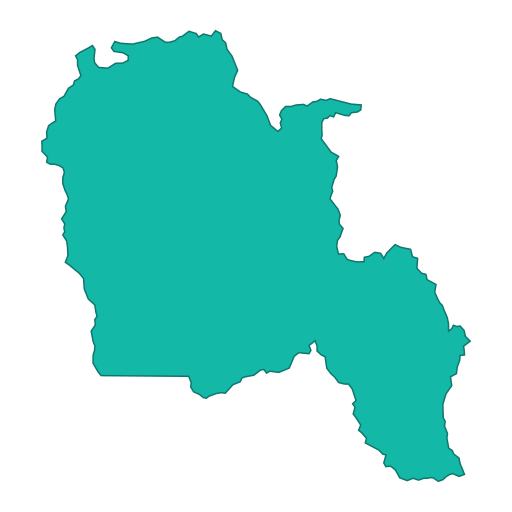 outline of Pantano Grande, Rio Grande do Sul, Brazil
{"feature_id": "56859067B18096093971388", "entity_name": "Pantano Grande", "entity_type": "district", "adm_level": 2, "iso_a3": "BRA", "parent_name": "Brazil", "parent_adm1": "Rio Grande do Sul", "projection": "albers", "projection_center": [-52.342, -30.265], "detail": "fine", "context": "isolated", "style": "filled", "palette": "teal", "viewbox_px": 512, "rotation_deg": 0, "n_neighbors": 0, "source": "geoboundaries", "source_scale": "gbopen_adm2", "svg_char_len": 3560}
<svg xmlns="http://www.w3.org/2000/svg" viewBox="0 0 512 512"><path d="M460.1,326.0L456.8,326.5L453.3,325.3L451.9,328.6L448.6,331.1L448.5,323.8L447.3,317.7L444.3,310.7L442.3,305.4L439.8,302.8L438.0,299.6L434.7,292.2L436.0,284.5L427.1,279.7L425.9,274.3L421.7,273.3L416.9,268.3L417.6,258.3L412.5,256.8L410.6,249.3L400.7,247.3L395.1,244.6L386.8,252.9L383.8,258.5L380.7,253.3L374.7,252.3L369.1,256.3L364.3,257.3L364.1,261.7L356.6,261.9L349.8,260.3L346.9,259.1L343.8,253.8L338.5,254.0L336.7,246.5L337.5,240.4L340.2,236.7L341.2,233.3L343.1,228.5L339.5,224.3L339.0,220.5L340.3,215.3L338.0,209.2L335.0,205.4L330.0,198.8L331.3,194.7L332.7,191.4L331.7,187.4L334.2,179.3L336.2,176.0L337.0,170.3L337.5,166.3L336.2,160.6L338.7,156.4L331.2,152.2L321.2,138.7L322.1,135.2L321.8,130.0L321.8,122.3L323.9,118.6L327.5,118.1L329.8,115.6L333.6,116.9L335.7,112.7L340.5,114.1L344.9,115.4L349.0,115.8L351.4,112.7L357.4,112.0L360.8,109.9L361.2,104.9L351.2,104.1L330.2,98.7L326.1,100.4L320.5,99.2L316.8,101.4L313.1,101.8L307.1,106.0L303.4,104.4L296.0,105.0L291.0,106.5L285.6,106.5L281.5,110.5L279.6,115.0L281.9,119.1L280.3,122.9L281.6,128.1L277.8,131.4L270.6,125.4L267.0,115.8L260.0,104.1L257.5,101.1L250.3,97.1L247.4,94.0L240.5,92.1L232.5,86.4L234.5,77.4L237.7,70.4L232.0,56.1L227.0,49.3L225.7,42.9L222.2,39.7L220.8,33.4L215.5,30.7L211.3,36.1L203.5,34.0L198.5,37.0L196.3,33.6L189.0,31.3L182.3,36.3L179.3,37.1L174.9,40.7L169.3,42.3L165.4,42.3L157.5,37.1L151.7,38.0L144.7,41.3L132.5,44.1L120.7,43.3L114.8,41.5L111.4,47.8L113.9,51.4L122.8,52.7L128.3,55.8L128.1,60.4L122.6,63.1L115.6,63.3L107.8,68.2L98.6,67.4L94.7,62.8L94.0,58.7L95.0,49.3L92.4,45.5L88.5,47.9L79.9,52.4L75.6,55.8L77.6,59.9L77.5,65.1L79.5,71.4L80.9,75.5L78.6,78.8L74.5,80.9L73.4,85.0L68.4,88.3L64.0,96.3L59.5,98.9L55.9,104.0L54.7,109.4L55.7,121.0L52.4,122.9L48.6,125.7L46.6,132.1L47.0,138.1L41.8,141.2L42.1,146.0L42.0,151.4L47.5,157.0L46.7,162.3L50.0,164.1L55.1,164.3L59.6,165.8L63.0,167.9L64.4,172.4L62.8,177.5L62.8,183.7L65.2,190.8L66.9,194.0L68.5,198.9L65.4,206.2L66.2,211.6L61.6,218.9L64.8,224.0L63.9,227.8L64.7,231.8L62.8,234.9L66.7,241.1L67.5,247.1L67.9,255.7L65.3,262.3L69.4,265.1L79.4,273.4L83.6,278.6L84.3,289.0L88.3,299.0L94.8,304.9L95.8,311.8L97.1,316.3L94.8,319.6L95.3,325.0L91.2,331.1L93.2,341.8L95.0,346.1L94.5,350.5L93.2,354.7L93.0,363.1L98.0,371.8L101.1,375.6L188.7,376.3L191.2,382.6L190.7,386.9L193.6,391.8L199.4,394.4L203.4,397.6L206.4,398.2L209.1,396.1L216.8,393.4L221.5,392.7L225.3,393.2L232.9,384.7L240.2,381.8L241.9,378.0L245.7,376.7L253.9,375.2L260.5,370.1L264.0,369.5L266.5,373.1L269.9,371.2L278.8,372.4L289.2,368.1L294.2,356.3L298.8,352.7L309.0,353.7L310.9,350.3L309.0,345.5L315.2,340.7L317.1,346.2L317.0,350.9L321.0,354.7L325.1,356.8L326.8,368.2L330.5,373.2L334.8,377.2L338.6,382.5L344.2,384.0L348.5,384.1L352.2,388.9L356.0,400.6L352.6,403.8L355.0,407.2L353.2,414.0L355.8,417.4L360.7,425.0L358.6,430.3L361.4,432.5L366.5,438.3L365.3,442.9L374.4,447.7L378.7,450.0L382.8,454.1L386.0,454.9L383.8,462.9L385.8,466.6L390.8,466.2L395.5,470.1L399.7,477.8L407.2,480.6L413.0,478.3L418.6,480.1L423.7,478.3L427.4,478.3L430.3,477.6L433.4,478.0L438.3,481.3L442.9,479.7L446.1,476.6L449.7,474.5L452.7,473.6L459.0,476.4L464.5,474.4L462.2,468.6L460.2,464.0L459.0,458.1L453.7,454.0L452.3,450.5L448.7,448.2L446.9,438.2L447.5,433.5L444.5,426.1L445.2,421.3L443.3,418.0L443.0,410.8L442.9,404.2L446.0,393.8L451.7,385.7L450.5,376.8L456.4,373.7L457.3,366.8L459.6,360.6L460.1,355.4L464.5,355.0L464.2,350.6L463.6,346.2L470.2,341.1L465.4,336.4L464.1,330.5L460.1,326.0Z" fill="#14b8a6" stroke="#0f766e" stroke-width="1.5"/></svg>